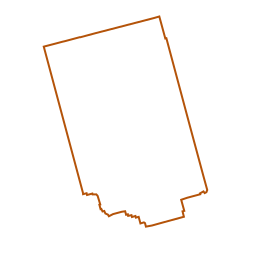 outline of Millard, Utah, United States of America, rotated 75°
{"feature_id": "52423323B41419597560614", "entity_name": "Millard", "entity_type": "district", "adm_level": 2, "iso_a3": "USA", "parent_name": "United States of America", "parent_adm1": "Utah", "projection": "natural_earth1", "projection_center": [-112.604, 39.063], "detail": "fine", "context": "isolated", "style": "outline", "palette": "amber", "viewbox_px": 256, "rotation_deg": 75, "n_neighbors": 0, "source": "geoboundaries", "source_scale": "gbopen_adm2", "svg_char_len": 925}
<svg xmlns="http://www.w3.org/2000/svg" viewBox="0 0 256 256"><g transform="rotate(75 128 128)"><path d="M228.4,130.1L228.3,119.4L228.2,97.0L222.6,96.9L222.6,95.1L211.1,95.2L210.7,88.7L210.7,86.6L210.7,80.9L210.7,78.1L210.7,75.4L209.8,75.4L208.8,71.5L210.7,70.8L210.3,68.9L208.4,67.5L194.8,67.6L141.9,67.7L51.2,67.7L51.2,68.8L28.4,68.9L28.5,74.2L28.0,135.0L28.0,150.6L27.9,150.9L27.8,151.1L27.8,166.5L27.7,169.0L27.7,175.4L27.6,188.3L112.4,188.3L126.6,188.3L170.4,188.3L179.1,188.3L180.3,188.5L180.3,184.9L182.1,184.9L182.1,179.4L183.0,179.4L183.9,175.8L185.7,174.9L194.7,174.6L194.7,175.5L199.3,175.5L199.3,174.7L202.0,174.2L202.0,172.4L204.7,172.0L206.5,169.8L208.3,169.3L207.3,164.7L207.3,155.7L207.7,152.3L211.3,152.3L211.3,150.5L212.9,150.6L213.1,147.2L215.0,147.2L214.9,143.6L216.6,143.6L216.6,140.7L223.4,140.7L223.3,137.1L224.3,136.2L227.9,136.2L228.4,130.1Z" fill="none" stroke="#b45309" stroke-width="2"/></g></svg>